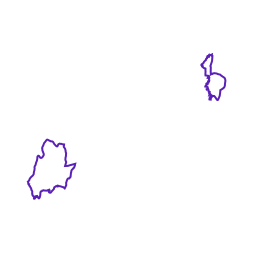 the district of Zoquiapan, Puebla, Mexico, rotated 16°
{"feature_id": "50627088B37911705580944", "entity_name": "Zoquiapan", "entity_type": "district", "adm_level": 2, "iso_a3": "MEX", "parent_name": "Mexico", "parent_adm1": "Puebla", "projection": "equal_earth", "projection_center": [-97.554, 20.058], "detail": "fine", "context": "isolated", "style": "outline", "palette": "violet", "viewbox_px": 256, "rotation_deg": 16, "n_neighbors": 0, "source": "geoboundaries", "source_scale": "gbopen_adm2", "svg_char_len": 5413}
<svg xmlns="http://www.w3.org/2000/svg" viewBox="0 0 256 256"><g transform="rotate(16 128 128)"><path d="M51.0,169.8L51.0,170.2L51.0,170.7L51.1,171.3L51.4,171.7L51.8,172.9L52.1,173.5L52.6,174.0L53.2,174.9L54.0,175.9L54.3,176.6L54.4,177.0L54.4,177.5L54.2,178.4L53.8,179.6L53.6,180.0L52.8,180.7L52.6,180.8L52.1,180.7L51.8,180.7L51.6,180.6L51.1,180.1L50.4,179.6L50.1,179.4L49.7,179.4L49.4,179.4L49.1,179.8L48.9,180.3L48.9,181.1L49.1,181.8L49.3,182.8L49.4,183.6L49.4,184.1L49.4,185.0L49.2,186.7L49.3,188.4L49.3,189.1L48.9,190.5L48.9,191.1L49.0,191.7L49.3,192.3L49.5,193.1L49.7,194.7L49.7,195.5L49.7,196.4L49.9,197.3L50.0,198.2L50.0,198.7L49.6,199.9L49.0,200.9L48.5,201.6L48.1,202.5L47.7,203.4L47.5,204.2L47.5,204.9L47.4,205.6L47.0,206.6L46.6,207.2L46.9,207.5L47.2,208.3L47.3,208.6L47.6,209.0L47.7,209.4L48.1,209.7L48.3,209.6L48.3,209.8L48.5,209.9L48.6,210.1L48.8,210.2L49.1,210.6L49.3,210.7L49.4,210.9L49.5,210.9L50.0,211.1L50.1,211.4L50.4,211.8L50.5,211.9L50.8,212.2L51.1,212.3L51.5,212.8L51.7,213.0L51.8,213.2L51.9,213.5L52.0,213.6L52.0,213.8L52.2,214.1L52.3,214.3L52.9,214.7L53.1,214.9L53.4,215.3L53.5,215.5L53.6,216.2L53.8,216.6L53.9,217.0L53.9,217.3L54.4,218.0L54.4,218.5L54.9,219.0L55.4,219.5L55.8,219.7L56.0,219.8L56.2,219.7L56.5,219.8L56.8,220.1L57.0,220.4L57.1,220.8L56.9,221.5L57.1,221.8L57.7,221.7L57.8,221.6L58.0,221.2L58.1,220.2L58.0,219.8L58.0,219.5L57.9,219.3L58.2,219.0L58.4,218.8L59.1,218.5L59.6,219.1L59.7,219.3L59.9,219.2L60.0,218.9L60.1,219.0L60.6,219.3L60.8,219.6L61.1,219.7L61.3,220.1L61.7,220.2L61.9,220.1L62.1,219.6L62.3,219.1L62.2,217.8L62.2,216.9L62.0,215.7L61.7,214.8L61.6,213.9L61.6,213.6L61.7,213.2L61.9,212.9L62.1,212.9L62.3,212.7L62.5,212.4L62.8,212.2L63.0,211.9L63.0,211.7L63.4,211.6L64.0,211.3L64.1,211.1L64.6,211.1L65.1,211.1L65.3,211.1L66.2,210.8L66.7,210.7L67.2,210.6L67.4,210.5L67.7,210.3L68.0,209.9L68.3,209.7L68.5,209.6L68.8,209.6L69.0,209.4L69.1,209.2L69.3,209.0L69.6,209.3L69.8,209.6L69.7,209.7L69.6,209.8L69.3,209.8L69.2,209.9L69.1,210.1L69.3,210.8L69.4,211.1L69.8,211.4L69.9,211.6L70.2,211.7L70.3,211.6L70.6,211.5L70.9,211.6L71.2,211.6L71.5,211.4L71.6,211.0L71.8,210.8L72.3,209.5L72.8,208.6L73.0,208.2L73.5,207.2L73.6,206.9L73.6,206.6L73.5,206.4L73.4,206.2L73.5,205.9L73.6,205.5L73.6,205.2L74.0,204.8L74.4,204.5L74.5,204.1L74.9,203.7L75.1,203.6L75.4,203.5L75.8,203.5L76.0,203.6L76.2,203.1L76.2,202.8L76.4,202.7L77.0,202.8L77.3,203.1L77.6,202.9L78.5,202.7L80.2,202.7L81.3,202.8L82.2,202.7L82.4,202.9L83.0,203.0L83.4,203.3L83.8,203.5L84.0,202.7L84.1,202.0L84.3,200.5L84.4,200.0L83.8,198.2L83.6,197.4L83.7,196.8L83.7,195.3L83.8,194.4L84.1,193.3L84.7,192.9L85.1,192.8L85.4,192.7L85.5,192.4L85.6,192.0L85.6,191.8L85.9,191.7L86.1,191.4L86.2,190.9L86.2,190.5L85.8,188.3L85.7,187.8L85.5,186.3L85.6,186.0L85.6,185.7L85.4,185.2L85.4,184.3L85.5,184.0L85.6,183.7L85.8,183.3L86.0,183.0L86.2,182.8L86.3,182.2L86.5,181.9L86.6,181.7L86.7,181.4L87.0,181.2L87.1,180.9L87.2,179.7L87.2,179.2L87.3,178.9L87.2,178.4L87.1,177.5L87.1,177.0L82.6,179.7L80.6,181.0L78.0,181.9L78.0,177.8L76.9,176.4L76.5,175.6L76.1,173.6L76.1,172.7L76.1,172.1L75.7,170.7L75.5,169.3L74.8,168.4L74.1,166.7L73.4,165.5L72.7,164.8L71.5,163.9L71.3,163.3L71.3,162.5L71.1,161.4L70.5,161.5L69.9,161.7L69.1,161.7L68.6,161.6L68.0,161.7L67.3,161.9L66.6,161.9L66.0,162.4L65.6,162.8L65.4,163.7L65.4,164.4L65.0,165.2L64.5,165.3L63.7,165.0L62.7,164.4L61.8,163.9L61.2,163.4L60.3,162.5L59.9,162.1L59.4,161.9L58.7,161.8L57.4,162.1L56.9,161.9L56.3,161.9L54.6,161.5L53.9,161.4L53.5,161.5L53.2,161.7L52.9,162.3L52.2,164.2L52.0,164.7L51.7,165.2L51.6,165.6L51.5,166.3L51.4,167.1L51.4,167.9L51.0,169.8ZM196.5,72.4L196.5,71.6L196.8,71.7L197.1,72.0L197.1,73.1L197.5,72.5L198.3,73.1L198.6,73.3L199.1,73.5L198.6,74.4L198.2,76.2L198.2,77.1L198.4,78.1L199.0,78.1L199.7,77.9L199.5,77.4L199.5,76.5L200.0,75.0L200.3,74.2L200.6,73.8L201.1,73.8L201.7,73.5L202.1,73.5L202.6,73.8L203.0,74.1L203.7,74.6L205.6,76.2L206.2,76.5L206.6,76.3L206.8,75.8L206.9,75.1L207.3,71.8L206.7,67.8L206.3,66.2L208.4,63.9L208.7,63.2L209.2,62.7L209.4,61.7L209.4,60.4L209.0,58.6L208.7,56.2L208.5,55.5L208.2,54.8L207.7,54.0L207.0,53.2L206.1,52.9L203.0,51.9L202.0,51.3L199.3,51.4L198.7,51.2L198.1,51.2L195.8,51.5L195.4,51.9L195.1,51.9L194.7,52.1L194.6,52.3L194.2,52.5L194.1,52.9L193.8,53.1L193.6,53.0L193.2,53.1L192.8,53.6L192.7,53.3L192.4,52.2L192.0,51.2L190.8,46.6L190.6,46.5L190.4,46.2L190.1,45.5L190.2,44.9L190.2,44.3L190.3,41.9L190.3,40.2L189.7,37.4L189.3,35.5L188.6,35.5L188.4,34.2L187.7,34.8L186.9,35.2L186.1,35.5L186.2,36.7L186.2,37.3L185.7,37.4L185.4,36.2L185.1,36.8L184.7,36.9L184.9,38.1L184.7,38.2L184.7,38.3L184.4,38.4L184.7,39.3L184.0,40.1L184.1,41.4L183.8,41.6L182.8,43.5L182.7,44.6L182.5,44.8L181.3,46.5L181.9,47.5L182.2,46.8L182.5,47.4L181.6,47.7L182.1,48.2L182.2,48.4L184.0,49.3L185.6,49.6L185.9,49.4L186.0,49.4L186.1,49.5L186.4,50.6L186.7,51.7L187.1,52.7L187.3,53.9L187.6,55.0L188.0,56.1L190.7,55.7L191.4,55.8L191.9,56.7L191.0,56.8L190.8,57.9L192.3,57.7L192.3,58.8L192.8,59.9L193.0,59.9L193.1,61.0L192.7,61.1L192.2,61.2L192.6,62.1L192.2,62.2L192.4,63.3L191.9,63.3L192.1,64.0L191.2,64.1L191.3,64.5L191.3,64.9L191.5,65.4L190.9,66.2L190.9,66.7L190.9,66.9L191.0,66.9L192.2,66.4L192.6,66.5L193.3,66.8L193.2,67.4L193.2,67.7L193.6,68.6L192.9,69.1L193.1,69.4L193.5,69.2L194.3,68.4L194.9,69.2L194.9,69.7L195.0,69.8L195.3,70.2L195.4,70.8L195.5,70.9L196.2,70.6L196.4,70.6L196.6,70.7L196.6,71.1L196.4,72.3L196.5,72.4Z" fill="none" stroke="#5b21b6" stroke-width="2"/></g></svg>